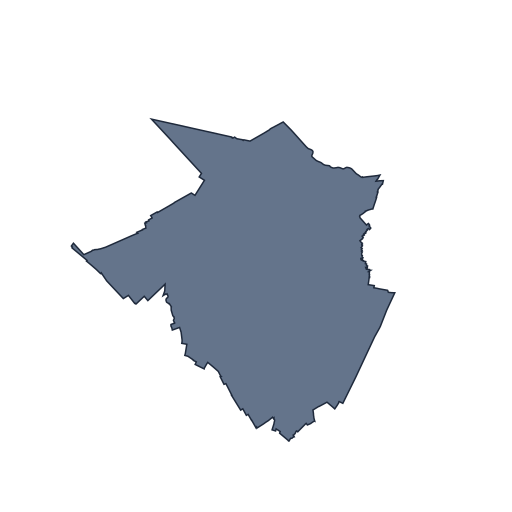 Midden-Groningen, Groningen, Netherlands, rotated 146°
{"feature_id": "6326949B36639676585237", "entity_name": "Midden-Groningen", "entity_type": "district", "adm_level": 2, "iso_a3": "NLD", "parent_name": "Netherlands", "parent_adm1": "Groningen", "projection": "orthographic", "projection_center": [6.809, 53.185], "detail": "fine", "context": "isolated", "style": "filled", "palette": "slate", "viewbox_px": 512, "rotation_deg": 146, "n_neighbors": 0, "source": "geoboundaries", "source_scale": "gbopen_adm2", "svg_char_len": 5829}
<svg xmlns="http://www.w3.org/2000/svg" viewBox="0 0 512 512"><g transform="rotate(146 256 256)"><path d="M158.5,351.9L171.7,353.3L173.1,353.4L174.3,353.1L181.9,353.5L182.1,353.5L196.7,354.6L201.2,359.2L202.0,359.0L202.2,359.8L202.4,360.2L203.6,361.3L205.3,363.0L206.0,363.6L206.2,363.8L206.9,365.5L207.2,366.5L209.3,366.7L209.5,367.8L209.8,367.8L209.7,368.3L209.8,368.4L266.1,427.9L263.0,408.1L261.9,401.1L261.2,396.0L255.0,355.0L258.9,353.3L256.4,347.6L272.7,340.4L274.4,344.4L293.8,346.0L294.4,345.8L294.6,345.8L313.3,347.1L313.3,347.8L320.7,348.4L320.7,346.8L320.9,345.6L323.8,345.9L324.2,345.9L324.8,346.0L325.1,345.0L328.6,345.9L328.9,345.8L329.0,345.3L328.8,345.0L329.9,345.3L330.0,344.7L330.4,344.0L330.4,343.4L330.6,343.2L330.5,342.9L330.6,342.6L331.0,342.1L331.5,341.1L331.7,340.7L335.3,341.5L335.4,341.1L341.6,342.3L341.4,340.9L342.5,341.3L347.5,342.3L375.8,347.4L380.9,348.9L382.5,349.6L383.5,349.9L386.2,351.5L387.5,351.7L387.9,352.1L389.0,352.2L389.4,351.9L389.5,351.9L398.0,353.4L398.2,354.9L400.2,368.7L403.5,367.5L403.2,366.1L403.9,365.8L404.0,365.7L398.5,346.8L399.4,346.6L397.5,340.0L395.9,334.0L394.8,328.7L394.5,328.1L393.7,328.5L393.7,318.9L389.8,294.9L383.8,294.7L383.1,284.6L382.7,284.6L382.5,283.5L382.4,283.3L382.1,283.3L371.2,285.1L370.6,279.5L347.1,283.5L351.0,278.3L351.8,277.6L353.7,276.2L355.2,275.1L354.0,275.1L353.1,274.9L351.8,275.0L351.5,274.5L351.5,274.2L351.3,273.9L351.2,273.8L351.2,273.7L351.0,273.8L351.4,271.8L351.6,271.6L352.2,271.1L352.6,270.9L353.6,271.0L354.5,270.6L354.8,270.4L355.4,269.6L355.9,268.0L355.9,267.6L355.2,266.0L354.9,265.0L354.5,265.0L354.6,261.1L355.0,261.0L356.6,258.5L358.4,252.9L358.2,252.1L358.2,251.7L358.3,251.1L358.2,251.1L358.5,250.3L358.7,249.9L359.0,249.7L360.2,249.0L360.5,248.7L360.6,248.1L360.8,246.1L361.0,245.8L361.5,246.0L361.5,245.9L364.6,246.8L364.8,246.8L365.0,246.4L365.5,245.8L365.7,245.4L365.9,243.9L366.1,243.1L366.8,241.4L359.3,239.5L360.7,234.7L364.3,227.6L365.4,226.1L366.4,225.1L362.7,221.5L369.1,214.7L370.6,213.4L368.4,210.8L368.4,210.7L366.0,204.6L366.3,204.4L364.7,201.6L367.1,200.1L362.1,191.4L361.5,192.0L361.0,192.2L357.8,193.8L355.5,194.8L353.4,187.6L351.8,181.4L352.3,177.5L352.4,176.0L352.3,175.8L353.2,176.0L354.3,167.5L352.3,167.0L353.9,154.1L354.2,154.2L354.9,136.8L352.4,136.7L353.1,129.3L351.1,129.1L351.6,122.3L351.4,122.3L352.1,113.3L351.3,113.8L351.4,113.2L351.0,113.2L351.0,112.8L343.7,112.6L340.9,112.7L337.9,112.6L332.4,113.1L332.4,111.9L331.6,111.9L332.0,111.4L331.9,111.4L332.2,110.8L332.2,109.8L332.8,108.9L333.8,108.1L334.9,106.9L339.9,102.9L337.6,100.0L336.0,101.4L334.1,97.0L335.5,95.9L332.4,85.0L332.5,84.8L332.3,84.2L332.1,84.1L330.7,84.8L330.1,85.2L329.5,85.2L329.1,85.4L328.5,85.0L327.9,84.8L326.4,85.1L326.2,85.1L325.9,84.8L325.6,84.9L325.4,84.8L325.3,86.7L324.6,86.6L324.3,86.7L323.6,86.9L323.2,86.8L321.9,87.5L320.9,88.2L320.1,88.2L319.7,86.9L308.4,89.2L308.0,89.2L307.9,87.2L304.3,86.5L303.4,86.6L300.4,86.6L300.0,86.5L299.7,86.1L298.6,89.3L297.9,90.6L297.3,91.9L296.5,93.2L296.1,94.0L294.9,96.5L288.1,96.2L287.8,96.0L278.9,95.1L277.0,88.4L276.2,85.2L272.2,86.8L271.0,87.4L270.0,87.7L269.4,88.3L269.0,88.6L268.8,88.8L268.5,88.9L266.4,85.3L241.2,99.7L216.0,114.8L214.8,115.5L214.5,115.8L214.3,115.8L202.8,122.7L194.1,127.1L192.3,128.1L177.8,138.1L161.5,147.9L164.0,149.7L166.5,151.8L166.6,152.0L166.1,153.7L166.1,154.0L171.9,159.6L172.2,159.9L173.6,161.4L176.1,163.8L174.5,165.3L179.0,169.5L176.1,172.7L174.9,174.1L174.1,174.8L173.9,174.6L173.5,175.0L173.9,175.3L172.3,177.1L172.5,177.3L171.0,179.2L171.0,179.6L171.4,180.0L168.9,180.0L169.9,180.8L169.5,181.3L171.9,183.3L171.5,185.1L170.3,184.0L169.1,185.4L169.9,186.1L168.8,187.6L169.6,188.5L168.1,190.0L169.9,191.8L169.5,192.2L170.9,193.7L171.0,194.3L170.8,194.8L170.5,195.3L169.3,194.1L168.2,194.9L168.7,195.7L168.1,196.5L167.6,196.9L168.0,197.5L166.8,199.3L165.6,199.9L166.0,200.7L164.9,201.2L165.2,202.0L164.8,202.2L164.9,202.5L163.8,202.9L164.3,204.1L162.4,204.8L162.5,204.9L162.6,205.3L162.1,205.5L161.6,205.8L161.9,206.5L161.4,206.9L160.7,207.1L161.3,209.3L161.3,210.6L161.2,210.6L161.2,210.4L159.3,210.8L159.2,210.6L158.4,210.7L158.4,210.8L158.0,210.9L157.9,211.0L156.9,211.2L157.0,212.7L156.9,212.9L156.9,213.1L155.7,213.2L155.7,212.8L154.6,212.8L154.6,213.9L154.3,213.9L154.1,214.1L153.8,214.1L153.8,213.7L152.3,213.6L152.2,214.4L151.2,214.4L151.2,214.9L149.2,215.2L149.3,215.8L149.2,215.9L147.4,216.0L147.2,214.5L145.8,214.7L145.2,215.0L145.4,217.5L144.9,217.6L144.9,218.3L144.5,218.5L144.6,220.1L145.6,220.1L147.1,219.9L147.5,222.6L147.8,225.1L148.4,229.5L148.3,229.9L147.9,230.5L147.9,231.0L147.7,231.1L147.2,231.6L145.5,231.4L143.6,231.4L139.4,231.7L138.9,231.6L139.0,231.7L137.0,231.3L135.7,230.8L134.0,230.3L133.4,230.0L132.9,229.6L127.8,233.6L127.7,233.6L125.0,235.7L123.3,237.1L123.5,237.3L121.9,238.6L122.0,238.6L119.1,240.8L119.4,241.2L119.5,241.3L117.7,242.6L117.6,243.0L114.4,244.0L111.3,245.2L111.0,245.1L110.9,244.9L108.3,247.3L111.4,249.2L114.7,250.9L112.9,251.7L112.7,251.7L112.4,251.6L108.0,253.8L110.0,254.6L113.2,256.2L119.8,259.7L122.9,261.2L123.0,261.2L123.4,262.0L124.1,261.8L125.0,263.4L125.8,265.8L126.8,268.0L127.0,268.9L127.8,273.9L128.0,274.8L128.4,275.6L129.0,276.6L130.5,278.2L130.8,278.4L131.3,278.8L132.2,279.0L134.4,279.2L135.0,279.5L135.5,280.0L136.9,282.1L137.8,283.1L139.0,283.9L139.9,284.2L141.7,285.1L142.3,285.4L142.9,285.9L143.4,286.5L144.4,288.1L144.6,288.9L144.5,289.3L144.7,289.8L145.1,290.2L147.8,292.5L148.7,293.8L149.3,295.3L149.5,296.1L149.9,297.1L150.5,298.1L151.3,299.2L152.1,300.5L152.6,301.4L152.8,302.0L153.3,304.0L153.5,304.9L154.0,306.6L153.9,307.7L153.1,308.4L151.6,309.3L151.0,309.9L150.4,310.7L150.3,311.1L150.3,311.6L150.5,312.6L151.1,313.7L151.4,314.1L152.6,315.8L152.8,316.4L153.3,318.5L155.3,333.0L156.4,340.8L158.5,351.9Z" fill="#64748b" stroke="#1e293b" stroke-width="1.5"/></g></svg>